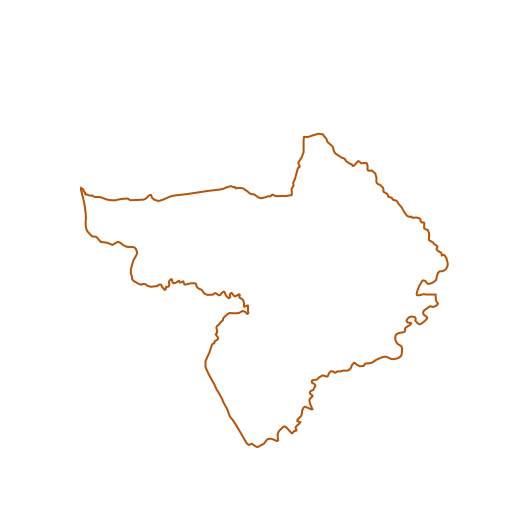 Venilale, Baucau, East Timor (Robinson projection), rotated 43°
{"feature_id": "22284137B53868942540237", "entity_name": "Venilale", "entity_type": "district", "adm_level": 2, "iso_a3": "TLS", "parent_name": "East Timor", "parent_adm1": "Baucau", "projection": "robinson", "projection_center": [126.397, -8.638], "detail": "fine", "context": "isolated", "style": "outline", "palette": "amber", "viewbox_px": 512, "rotation_deg": 43, "n_neighbors": 0, "source": "geoboundaries", "source_scale": "gbopen_adm2", "svg_char_len": 6150}
<svg xmlns="http://www.w3.org/2000/svg" viewBox="0 0 512 512"><g transform="rotate(43 256 256)"><path d="M211.1,134.9L209.9,136.4L212.7,139.8L220.1,147.7L222.1,152.9L223.3,158.7L223.9,159.4L226.7,160.5L227.2,161.6L226.6,162.3L227.1,163.9L232.0,173.2L233.0,176.5L233.6,177.5L235.5,178.9L236.1,182.0L236.5,182.9L240.1,186.3L240.4,187.4L236.2,192.7L235.0,193.5L231.2,197.3L229.3,198.9L226.0,200.0L225.8,202.6L224.2,204.0L222.6,207.0L220.1,210.5L217.5,211.6L212.9,212.2L211.6,212.8L210.9,213.7L208.3,214.6L205.5,214.5L203.8,215.0L201.3,215.1L199.1,216.2L197.4,217.6L194.9,220.4L194.0,219.9L193.1,220.3L192.3,221.2L190.0,222.0L187.4,226.4L186.5,228.7L183.8,232.6L176.7,240.9L163.3,257.8L154.9,267.6L152.9,270.6L149.4,278.6L147.9,281.2L146.7,282.6L143.2,284.2L140.4,284.3L137.7,283.0L136.9,283.6L136.5,284.9L136.3,288.6L135.8,290.6L135.0,291.8L126.5,300.5L125.6,301.0L123.4,301.4L122.5,301.9L119.1,305.6L116.5,309.0L115.4,310.9L111.8,314.2L109.0,316.1L101.5,319.4L98.2,322.5L97.4,323.0L95.1,323.3L93.7,324.8L92.1,325.8L90.7,326.1L89.9,327.0L89.1,327.2L88.5,327.0L88.0,326.2L85.9,326.2L84.4,325.1L81.7,325.5L82.4,326.6L94.4,334.5L101.5,340.2L106.0,344.4L108.3,347.5L112.0,351.0L114.5,352.5L116.9,353.1L122.8,353.4L125.4,351.4L126.8,350.9L132.8,351.6L138.1,347.8L143.4,345.8L145.0,340.5L145.8,339.6L147.8,338.9L151.6,338.6L155.1,337.4L156.0,336.9L159.8,333.3L162.0,332.6L163.1,332.7L166.5,334.3L167.3,335.4L168.2,337.9L169.3,342.9L173.6,351.2L176.3,354.0L179.8,356.0L181.1,357.4L182.6,357.7L183.9,357.6L188.4,356.6L191.2,355.5L192.0,354.8L192.2,353.8L194.5,351.9L196.4,352.0L199.9,350.4L204.4,345.3L204.4,343.6L205.3,342.2L206.4,341.7L208.1,342.6L212.2,343.1L212.7,342.0L211.9,341.1L211.4,339.7L212.1,339.2L213.0,337.7L211.9,335.7L210.8,335.2L209.8,333.8L209.5,332.7L209.7,331.3L210.0,330.5L211.0,330.8L212.6,332.1L214.3,332.2L215.4,330.7L216.4,327.2L216.8,326.6L217.8,327.2L218.8,327.1L219.4,325.9L219.6,324.9L220.2,324.2L222.4,325.4L223.2,325.4L224.0,324.9L226.7,320.7L230.0,317.5L230.7,317.3L231.9,317.7L233.2,318.8L235.0,319.0L236.7,318.8L239.3,317.8L244.1,318.7L247.2,317.4L250.8,313.7L251.1,311.7L251.7,310.7L255.6,310.1L256.5,308.7L256.2,307.2L256.3,304.9L256.6,304.2L257.2,303.8L257.9,303.9L260.0,305.0L262.0,305.5L264.7,305.5L265.2,304.8L265.1,303.5L263.0,302.0L263.0,300.3L263.4,299.6L267.4,300.2L268.5,299.3L269.7,295.6L270.4,295.4L271.0,295.9L271.3,296.9L272.4,297.7L275.5,296.9L277.9,297.6L279.8,299.0L281.5,301.0L282.2,301.0L283.5,298.0L284.2,297.9L287.9,301.9L289.2,302.8L289.3,304.1L288.3,304.5L286.4,304.1L283.9,305.2L283.2,306.4L282.8,308.4L280.9,311.2L275.4,315.9L274.7,318.4L274.5,322.7L274.6,324.1L275.5,325.4L275.4,329.5L275.7,331.0L275.3,334.0L275.8,335.3L279.0,337.6L279.8,338.8L280.0,340.8L283.5,341.5L284.8,342.6L284.8,343.9L283.9,346.5L285.0,348.3L284.5,348.9L284.3,350.3L284.4,351.2L287.7,358.2L290.7,367.2L293.9,370.8L295.1,371.8L302.0,374.7L313.5,378.5L318.8,380.7L320.8,381.1L329.0,383.7L331.2,385.0L339.3,387.6L346.5,391.3L350.9,391.8L358.0,393.6L377.4,399.4L379.6,399.0L380.9,396.3L386.4,395.3L387.6,394.4L389.8,387.8L389.3,383.2L389.6,381.7L390.7,380.3L392.2,379.0L397.4,377.1L397.9,375.8L393.6,372.0L392.6,369.7L392.2,368.0L392.4,362.5L392.7,361.8L393.2,361.1L395.0,360.7L403.0,361.3L403.5,360.5L403.2,358.5L404.5,356.3L404.1,355.4L403.3,355.4L401.9,354.5L401.6,352.1L402.0,349.0L401.6,347.4L399.0,348.6L398.0,347.6L398.1,341.8L397.0,340.4L396.8,339.4L395.2,337.7L394.2,334.3L394.4,333.2L394.9,332.6L401.3,330.3L401.8,329.6L397.0,327.5L394.2,325.8L393.1,324.7L392.8,322.3L393.1,320.7L392.6,319.6L389.7,319.8L388.6,319.3L388.2,318.6L388.1,317.4L389.2,315.0L387.9,310.4L386.6,309.8L383.1,310.4L382.0,309.2L382.1,308.3L384.8,304.8L385.0,301.4L386.3,297.6L389.3,296.4L390.4,295.4L390.4,294.4L389.7,293.3L389.1,289.9L390.0,288.7L391.3,287.8L393.3,287.6L393.8,286.9L394.0,285.5L394.9,284.2L396.1,283.2L398.5,279.7L400.5,278.1L401.3,277.1L401.9,274.4L401.7,273.1L400.6,270.6L400.5,267.3L401.1,266.9L404.2,266.6L407.1,265.8L409.7,263.1L409.3,260.3L410.1,259.1L411.3,258.1L413.7,254.7L414.8,249.7L417.3,244.0L419.3,241.3L421.9,240.1L425.4,239.0L427.2,237.4L429.4,234.1L430.3,230.9L429.7,228.7L426.1,224.1L423.7,222.8L419.7,223.7L418.1,223.5L415.6,222.6L413.6,220.9L412.3,219.0L412.1,217.4L412.4,216.5L413.5,214.1L416.0,211.1L416.2,209.9L416.1,208.9L414.7,207.7L414.3,206.2L415.7,201.1L415.4,199.4L414.7,199.4L412.7,201.0L410.8,201.1L410.2,200.5L409.6,198.9L409.8,196.4L410.4,195.0L411.3,194.0L413.9,192.4L415.3,192.7L416.5,194.5L419.7,195.0L421.5,194.8L422.2,194.4L423.0,193.1L423.8,188.3L423.8,185.3L423.4,184.5L422.6,184.1L418.9,184.5L418.0,184.3L416.6,183.1L416.2,181.9L416.2,180.4L417.6,174.0L420.1,172.6L420.8,171.5L421.7,169.4L421.8,167.2L421.4,166.6L419.8,166.5L417.6,165.5L413.6,161.7L407.0,167.9L404.6,169.6L402.2,173.4L400.6,174.8L399.6,174.5L397.9,171.8L395.7,166.2L394.8,161.9L394.6,160.8L394.8,159.9L396.7,158.8L400.1,159.2L400.9,159.0L402.3,157.3L403.3,155.2L404.0,152.3L404.0,150.5L401.8,146.9L400.6,144.1L400.7,142.2L402.9,139.6L403.6,137.6L403.8,136.0L403.2,133.5L402.3,131.7L400.3,129.9L398.2,128.9L397.2,127.9L393.5,126.9L392.2,127.4L391.5,128.9L389.8,127.5L388.7,127.3L386.8,128.1L383.8,128.1L383.1,127.5L382.4,125.5L381.5,125.2L377.8,125.8L376.7,125.3L371.8,126.4L371.0,125.9L368.2,122.3L366.6,121.0L363.6,119.9L362.1,120.8L360.0,121.0L356.8,117.4L355.9,117.0L354.2,118.6L352.5,118.2L351.1,117.0L349.9,117.0L347.7,118.0L345.8,119.7L345.1,120.7L344.3,121.3L342.8,121.2L341.8,122.6L339.2,123.6L335.3,123.0L328.9,121.0L324.9,120.7L321.5,119.8L320.5,120.0L317.9,121.4L315.4,120.9L312.6,122.4L309.6,121.1L306.0,122.0L305.0,121.7L303.4,120.1L302.4,119.5L299.3,119.3L297.9,119.4L296.2,120.3L294.3,120.1L293.3,119.5L290.5,116.4L289.0,115.7L287.5,114.5L286.4,114.3L282.3,114.5L280.9,116.2L279.5,117.1L277.8,116.0L276.6,114.4L275.5,113.5L273.5,112.6L272.2,113.5L270.0,116.3L268.9,116.5L266.8,116.5L266.0,117.0L265.9,119.1L266.2,122.8L265.2,124.2L264.1,123.7L260.5,124.7L256.8,125.2L255.4,124.5L253.7,124.7L251.7,125.6L244.1,126.9L241.2,126.1L238.4,124.2L237.0,123.7L231.0,123.8L230.0,123.6L227.6,122.3L223.9,121.9L222.2,121.4L218.3,123.9L212.7,133.7L211.1,134.9Z" fill="none" stroke="#b45309" stroke-width="2"/></g></svg>